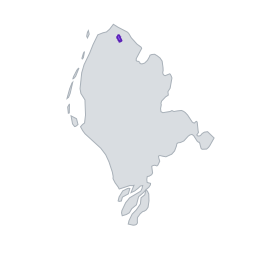 Pekela, Groningen, Netherlands shown in context, rotated 298°
{"feature_id": "6326949B23781869832048", "entity_name": "Pekela", "entity_type": "district", "adm_level": 2, "iso_a3": "NLD", "parent_name": "Netherlands", "parent_adm1": "Groningen", "projection": "natural_earth1", "projection_center": [6.972, 53.067], "detail": "fine", "context": "in_parent", "style": "filled", "palette": "violet", "viewbox_px": 256, "rotation_deg": 298, "n_neighbors": 0, "source": "geoboundaries", "source_scale": "gbopen_adm2", "svg_char_len": 3914}
<svg xmlns="http://www.w3.org/2000/svg" viewBox="0 0 256 256"><g transform="rotate(298 128 128)"><path d="M159.6,208.7L155.1,208.6L150.9,208.5L148.7,208.2L146.3,207.3L145.3,205.6L144.0,203.4L144.3,202.1L148.3,198.4L148.9,197.4L148.5,196.9L148.9,195.2L152.0,189.7L152.4,187.5L151.0,186.0L149.1,185.0L142.8,183.4L139.8,181.1L138.4,179.1L137.0,178.5L134.9,179.2L129.6,179.9L125.4,178.9L120.4,175.0L119.3,171.6L118.7,169.0L117.4,168.1L115.7,169.5L113.6,171.6L109.3,171.8L108.1,171.3L107.9,170.2L107.7,169.1L106.6,167.7L105.3,166.9L99.9,170.8L97.9,170.8L95.4,169.3L94.2,167.8L91.4,168.7L88.9,170.5L89.7,173.9L88.4,174.5L85.4,174.2L81.9,172.8L78.1,171.9L72.3,169.6L64.1,171.5L58.5,169.2L53.8,169.0L50.9,167.2L47.8,164.1L50.1,162.1L52.3,161.4L60.9,161.0L67.1,162.2L78.2,168.9L81.1,168.8L84.1,168.0L82.6,166.2L79.8,165.3L75.6,163.5L72.3,161.0L80.2,160.2L79.1,158.9L78.1,156.7L70.0,148.9L71.4,146.8L73.6,142.3L76.2,138.6L78.3,137.6L81.7,134.9L89.1,127.2L93.9,120.9L97.4,113.4L102.7,92.8L104.3,89.4L106.8,85.5L109.8,86.2L112.0,87.3L119.5,84.4L132.6,76.8L136.4,70.2L140.2,67.2L155.1,61.2L163.3,59.5L176.0,59.0L185.1,58.0L196.1,57.6L200.3,61.2L202.7,63.9L206.6,65.4L212.7,66.4L212.3,71.7L212.4,82.2L211.9,84.1L209.2,88.5L206.3,96.5L205.5,101.7L204.7,102.7L193.1,102.7L191.4,103.6L191.2,104.7L191.8,106.1L191.5,107.4L190.6,108.5L191.1,110.2L193.1,112.2L196.8,113.4L200.7,113.5L202.7,113.3L204.2,114.7L205.6,116.9L205.5,119.6L204.9,123.3L203.1,126.7L197.7,130.6L195.3,132.0L193.1,132.7L192.0,133.7L191.5,135.1L191.6,136.2L195.4,139.4L195.3,140.1L194.2,141.7L192.8,143.3L182.9,146.5L178.8,146.2L176.5,147.8L175.8,148.1L173.2,146.6L167.5,145.0L165.3,145.5L164.1,146.5L160.5,147.6L157.9,149.4L157.9,151.6L162.4,157.5L164.0,158.6L164.1,160.8L166.3,163.6L168.6,167.0L168.8,169.2L168.5,171.4L167.4,174.6L163.4,181.9L163.3,183.4L163.6,184.4L165.0,184.7L166.0,185.3L165.7,186.3L158.2,191.4L157.3,192.3L154.2,192.0L153.7,192.9L154.1,194.3L155.3,195.5L158.0,196.1L160.2,197.4L162.1,200.0L159.6,208.7ZM81.9,172.8L81.3,174.9L79.5,177.3L73.6,180.7L67.5,182.9L64.4,182.6L62.2,181.4L61.1,180.2L57.9,179.0L53.4,178.4L50.6,179.7L48.6,180.9L46.8,180.7L45.6,179.7L44.6,178.2L43.3,173.3L46.7,172.4L53.9,172.1L59.5,173.8L66.8,174.6L72.5,172.3L76.9,174.2L81.9,172.8ZM70.0,152.9L74.3,156.0L75.2,157.0L75.5,158.0L70.0,159.2L64.3,155.5L60.4,156.4L59.0,154.6L59.0,153.5L63.0,152.5L70.0,152.9ZM112.0,78.2L107.6,82.2L105.0,81.1L104.2,80.2L105.6,77.1L112.0,72.0L112.0,78.2ZM131.3,60.7L127.2,61.1L125.4,60.3L135.2,58.1L141.4,57.4L142.5,57.7L131.3,60.7ZM157.5,56.6L149.0,57.5L146.1,56.8L145.6,56.2L147.9,55.8L155.2,55.7L157.5,56.2L157.5,56.6ZM121.8,65.0L113.7,69.1L113.0,68.4L118.2,64.9L121.8,65.0ZM192.6,49.7L188.5,49.9L189.7,48.4L193.4,47.3L195.4,47.3L192.6,49.7ZM175.1,53.7L169.0,55.6L167.5,55.2L167.9,54.6L173.3,53.5L175.1,53.7Z" fill="#d9dde1" stroke="#a8b0b8" stroke-width="1"/><path d="M204.8,78.2L204.9,77.9L205.0,77.8L205.1,77.6L205.3,77.4L205.4,77.2L205.5,77.2L205.7,76.9L205.8,76.7L205.8,76.4L205.7,76.4L205.5,76.2L205.4,76.2L205.3,75.9L205.2,75.9L205.3,75.9L205.3,75.7L205.1,75.7L204.8,75.7L204.7,75.7L204.4,75.7L204.2,75.7L203.7,75.7L203.4,75.6L203.2,75.5L202.9,75.8L202.7,75.9L202.7,76.0L202.4,76.0L202.4,76.4L202.4,76.5L202.4,76.8L202.2,76.9L202.1,77.0L201.9,77.2L201.9,77.3L201.6,77.6L201.5,77.8L201.4,77.8L201.2,77.9L201.2,78.0L201.0,78.3L200.9,78.4L200.9,78.5L200.8,78.8L200.8,79.0L201.0,79.1L201.2,79.4L200.6,79.4L200.6,79.5L200.4,79.7L200.2,79.7L200.0,79.8L200.0,80.0L200.2,80.3L200.3,80.3L200.5,80.4L200.5,80.5L200.9,80.8L201.0,80.9L201.1,81.0L201.3,81.1L201.5,81.2L201.6,81.3L201.9,81.3L202.0,81.4L202.3,81.3L202.3,81.2L202.5,81.0L202.5,80.9L202.6,80.7L202.8,80.6L202.8,80.4L203.0,80.3L203.0,80.2L203.2,79.9L203.3,79.9L203.4,79.7L203.5,79.6L203.5,79.4L203.6,79.2L203.8,79.1L203.7,79.1L203.8,79.1L204.1,78.7L204.4,78.3L204.4,78.2L204.5,78.2L204.7,78.3L204.7,78.2L204.8,78.2Z" fill="#8b5cf6" stroke="#5b21b6" stroke-width="1.5"/></g></svg>